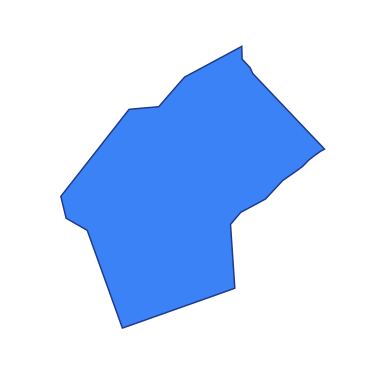 São Francisco do Piauí, Piauí, Brazil, rotated 56°
{"feature_id": "56859067B40076274013085", "entity_name": "São Francisco do Piauí", "entity_type": "district", "adm_level": 2, "iso_a3": "BRA", "parent_name": "Brazil", "parent_adm1": "Piauí", "projection": "orthographic", "projection_center": [-42.497, -7.192], "detail": "fine", "context": "isolated", "style": "filled", "palette": "blue", "viewbox_px": 384, "rotation_deg": 56, "n_neighbors": 0, "source": "geoboundaries", "source_scale": "gbopen_adm2", "svg_char_len": 590}
<svg xmlns="http://www.w3.org/2000/svg" viewBox="0 0 384 384"><g transform="rotate(56 192 192)"><path d="M295.7,210.3L240.4,178.2L236.1,163.0L238.9,134.9L233.2,110.5L232.9,91.1L232.5,85.7L232.0,82.9L230.9,78.0L230.5,73.0L230.3,70.7L230.2,66.8L230.1,63.1L230.6,58.2L227.7,58.6L206.6,62.2L149.8,71.7L146.9,72.2L127.7,75.4L121.6,74.3L109.9,76.2L99.1,69.3L97.7,83.4L92.6,133.8L94.8,142.4L102.7,171.9L93.4,188.6L88.3,198.0L122.3,303.2L135.3,308.0L143.3,311.0L145.0,310.2L165.2,300.3L228.1,316.2L265.9,325.8L294.1,216.7L295.7,210.3Z" fill="#3b82f6" stroke="#1e3a8a" stroke-width="1.5"/></g></svg>